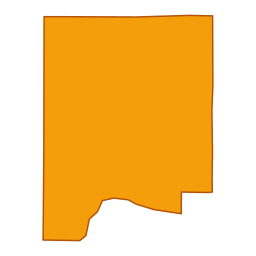 outline of Dale, Alabama, United States of America
{"feature_id": "52423323B68047835703901", "entity_name": "Dale", "entity_type": "district", "adm_level": 2, "iso_a3": "USA", "parent_name": "United States of America", "parent_adm1": "Alabama", "projection": "mercator", "projection_center": [-85.587, 31.408], "detail": "fine", "context": "isolated", "style": "filled", "palette": "amber", "viewbox_px": 256, "rotation_deg": 0, "n_neighbors": 0, "source": "geoboundaries", "source_scale": "gbopen_adm2", "svg_char_len": 440}
<svg xmlns="http://www.w3.org/2000/svg" viewBox="0 0 256 256"><path d="M79.8,240.6L85.9,235.6L89.4,219.0L97.4,211.8L102.5,200.6L113.7,198.1L128.3,199.8L136.2,204.2L154.0,209.6L181.2,213.7L181.4,192.0L189.3,192.2L208.2,192.5L212.3,192.0L212.1,177.3L212.5,151.7L211.9,110.7L212.9,84.4L212.6,15.9L189.7,15.4L136.2,17.0L62.6,16.7L44.1,16.7L43.8,155.3L43.7,166.0L43.1,240.0L79.8,240.6Z" fill="#f59e0b" stroke="#b45309" stroke-width="1.5"/></svg>